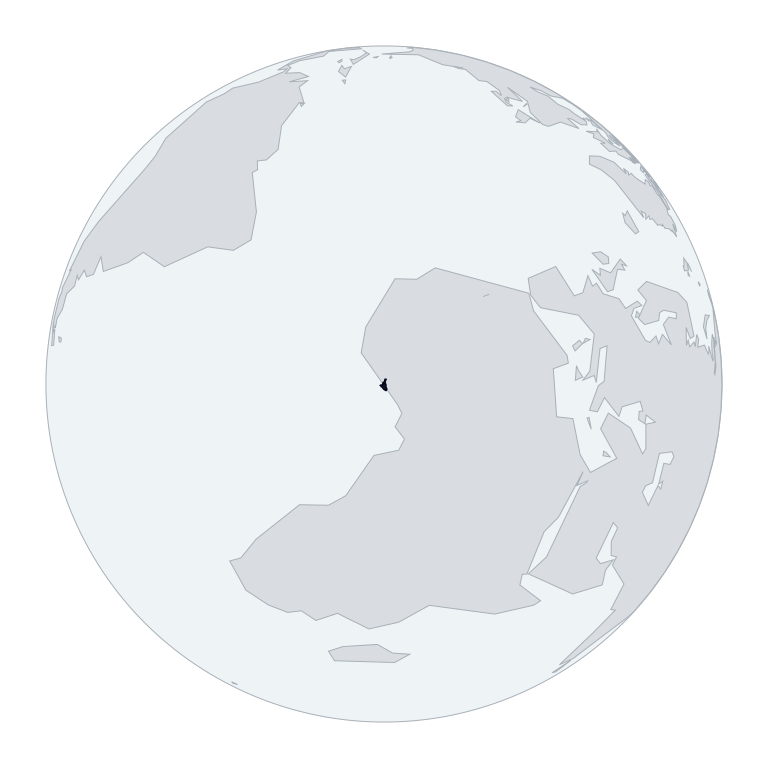 Central on an orthographic globe, rotated 65°
{"feature_id": "GHA-2160", "entity_name": "Central", "entity_type": "Region", "adm_level": 1, "iso_a3": "GHA", "parent_name": "Ghana", "parent_adm1": "", "projection": "orthographic", "projection_center": [-1.513, 5.658], "detail": "fine", "context": "on_globe", "style": "filled", "palette": "ink", "viewbox_px": 768, "rotation_deg": 65, "n_neighbors": 0, "source": "natural_earth", "source_scale": "10m", "svg_char_len": 9966}
<svg xmlns="http://www.w3.org/2000/svg" viewBox="0 0 768 768"><g transform="rotate(65 384 384)"><circle cx="384" cy="384" r="338" fill="#eef3f6" stroke="#a8b0b8"/><path d="M263.4,68.3L257.4,70.8L261.3,69.7L254.0,72.8L263.4,69.4L269.4,66.8L275.5,64.8L278.3,64.2L269.5,67.6L266.8,68.4L265.7,69.2L260.0,71.4L264.4,70.0L253.4,74.9L268.4,69.4L263.0,72.9L254.6,76.5L250.2,76.8L219.8,89.4L210.0,95.0L200.4,101.5L193.4,111.1L184.6,117.7L176.6,126.1L183.8,121.5L192.6,113.6L204.0,108.2L213.5,100.2L219.5,97.3L231.3,89.8L235.0,90.6L232.3,95.7L222.7,102.4L221.2,105.3L234.9,99.3L221.3,113.3L220.0,126.1L215.9,130.5L199.7,136.6L188.3,134.6L167.3,146.7L186.5,139.0L175.8,151.6L176.4,154.2L180.3,154.2L186.5,149.7L184.0,154.6L164.1,163.0L166.1,158.6L172.4,155.7L166.9,155.3L153.4,162.9L149.1,169.7L133.3,177.2L130.0,182.5L124.8,187.7L131.1,178.5L119.4,195.9L100.2,213.6L84.0,246.6L93.9,220.1L93.7,216.4L92.0,216.0L89.1,221.2L90.8,216.1L89.4,218.5L103.0,196.3L118.3,175.2L135.2,155.3L153.5,136.9L173.3,119.8L194.2,104.4L216.3,90.6L239.4,78.6L263.4,68.3ZM64.4,274.2L64.3,275.3L68.6,264.2L70.6,262.9L59.3,293.4L61.3,300.0L55.4,323.6L54.6,336.7L58.0,334.6L60.8,341.8L66.2,328.7L73.4,322.6L70.1,342.1L76.8,325.1L78.9,335.4L95.4,337.7L93.2,341.9L106.6,367.7L126.6,380.8L131.2,395.9L128.3,404.5L136.4,408.1L136.6,414.0L174.1,426.9L197.2,443.6L199.2,464.0L185.2,485.8L184.9,533.5L163.0,546.4L165.8,565.1L163.4,590.8L149.0,586.7L161.9,601.1L161.1,608.2L154.2,607.5L160.5,616.8L155.8,616.1L164.4,623.0L168.2,633.6L180.5,644.0L186.2,652.4L194.5,658.3L192.4,657.7L193.3,659.3L197.2,662.4L185.8,655.7L169.4,642.6L163.8,636.5L160.9,634.8L147.7,618.6L148.8,621.5L127.8,595.3L116.1,573.9L87.8,509.1L81.0,495.3L69.0,477.7L53.4,425.9L53.5,406.4L51.9,396.3L57.4,369.7L58.6,342.9L57.4,338.6L54.5,347.8L52.9,329.3L56.0,308.9L58.0,295.0L64.4,274.2ZM78.8,257.8L81.4,276.7L75.3,277.2L77.3,274.5L77.6,267.1L76.6,259.8L72.5,262.1L78.8,257.8ZM90.4,240.6L89.5,238.9L91.0,239.2L90.4,240.6ZM228.4,90.1L229.8,90.0L226.9,91.4L228.4,90.1ZM232.3,87.2L227.9,88.9L229.1,87.9L231.7,86.8L232.3,87.2ZM237.4,85.4L231.7,85.8L233.9,84.1L245.8,78.8L237.4,85.4ZM270.0,66.4L263.8,69.0L266.3,67.5L270.0,66.4ZM290.5,59.3L290.0,59.4L282.1,61.8L290.3,59.4L270.1,66.1L269.6,66.0L290.5,59.3ZM278.1,63.9L277.0,63.9L286.1,60.8L290.0,60.2L285.8,61.3L278.1,63.9ZM285.2,61.8L291.7,60.1L290.1,61.1L279.8,63.6L285.2,61.8ZM286.8,60.5L291.3,59.1L290.0,59.6L286.8,60.5ZM287.7,65.3L286.2,64.8L290.8,63.0L287.7,65.3ZM294.3,59.4L294.9,59.1L296.5,58.5L300.4,57.7L294.3,59.4ZM302.1,56.2L302.8,56.0L304.0,55.7L311.3,54.0L311.8,53.9L303.2,56.0L309.0,54.6L310.6,54.3L301.9,56.4L301.7,56.3L302.1,56.2ZM309.2,55.5L300.1,58.6L302.0,59.6L297.9,61.1L295.6,59.3L309.2,55.5ZM305.7,55.7L307.0,55.8L301.3,57.2L296.9,58.1L305.7,55.7ZM317.6,52.7L318.3,52.5L317.0,52.8L317.6,52.7ZM310.9,55.4L313.1,54.7L311.7,55.3L310.9,55.4ZM317.3,52.9L315.0,53.3L317.4,52.8L317.3,52.9ZM319.3,53.3L316.3,54.1L313.2,54.6L319.3,53.3ZM319.3,52.8L323.1,52.1L313.9,54.2L317.9,53.0L319.3,52.8ZM319.9,52.4L320.6,52.2L320.5,52.3L319.9,52.4ZM332.6,51.6L321.8,54.1L315.0,54.9L326.5,52.2L332.6,51.6ZM208.8,669.0L188.6,657.8L198.2,663.1L195.1,659.1L209.2,667.0L208.8,669.0ZM203.8,658.8L206.0,657.1L209.3,658.9L208.6,660.6L203.8,658.8ZM695.7,253.4L698.3,261.6L705.7,296.4L712.7,328.5L712.6,343.7L697.8,299.6L686.7,270.0L684.3,273.8L666.7,251.0L644.7,253.5L639.0,246.3L635.4,250.6L622.7,244.5L613.1,233.0L606.5,234.7L631.5,265.3L638.2,263.8L640.3,250.4L646.3,261.9L658.3,271.1L654.0,301.8L617.1,333.4L609.4,309.8L559.9,249.6L559.1,242.5L558.7,241.7L557.8,240.4L557.5,252.0L547.6,240.6L578.5,282.2L585.5,301.2L616.7,334.9L614.8,339.0L623.6,345.8L646.6,333.7L647.7,341.8L639.3,380.9L603.7,436.6L606.1,471.1L599.6,501.2L572.2,523.1L569.5,545.7L554.6,554.8L550.3,567.8L535.4,582.2L512.5,596.3L479.2,598.6L481.1,587.2L470.6,565.5L457.7,511.6L470.4,485.6L469.1,465.9L444.5,423.3L450.2,398.6L442.6,388.7L427.5,392.0L418.2,380.2L408.6,380.4L346.1,391.5L324.6,376.4L293.3,329.5L302.9,310.1L300.4,288.5L362.9,214.4L380.8,217.5L435.4,206.0L443.0,208.1L441.7,224.1L486.7,241.4L495.2,227.4L530.9,236.1L551.4,234.3L549.7,204.4L516.1,206.6L505.2,193.0L528.1,179.2L556.7,179.2L553.4,174.1L531.1,163.6L533.3,154.2L522.9,159.5L530.3,164.3L523.9,168.3L516.7,164.3L517.8,160.8L508.0,159.1L505.3,177.9L512.6,184.8L489.5,189.9L499.4,202.4L494.6,208.9L476.1,190.5L474.6,183.4L443.7,165.7L443.1,173.2L472.3,191.0L465.1,189.9L464.6,202.1L459.3,192.0L427.6,172.3L403.9,178.6L381.0,209.9L365.6,213.5L349.2,208.7L350.1,178.7L384.5,174.3L385.3,165.2L372.0,153.4L383.6,153.6L382.4,148.8L394.8,147.3L406.0,135.0L417.6,133.1L416.0,119.4L421.8,117.1L421.1,125.5L426.8,131.0L455.0,128.6L458.7,125.4L455.4,117.2L463.6,118.2L456.7,110.7L470.0,107.0L448.1,105.7L443.7,97.7L448.4,91.5L443.0,89.0L435.3,99.4L435.8,104.1L442.5,108.1L440.3,122.6L431.9,125.7L419.3,110.9L406.0,114.2L402.0,102.7L425.2,79.1L438.0,75.0L471.6,82.8L472.2,87.2L460.3,86.2L476.8,93.6L472.8,89.8L479.6,91.2L477.0,85.3L481.7,86.1L471.2,79.6L476.7,80.0L483.2,84.1L484.1,77.2L493.9,77.5L491.8,75.7L486.8,73.7L502.5,76.3L500.3,74.9L494.3,73.4L486.0,70.0L477.5,65.4L483.3,66.5L487.2,68.3L504.2,74.5L513.6,80.0L515.2,80.1L508.4,75.7L487.7,68.0L480.9,65.1L490.7,68.0L486.6,66.7L485.1,65.6L489.0,65.9L478.2,62.6L453.3,53.5L457.4,54.2L481.5,60.4L504.9,68.5L527.8,78.2L549.8,89.6L571.0,102.5L591.1,117.0L610.2,132.9L628.0,150.2L644.5,168.8L659.6,188.5L673.2,209.2L685.3,230.9L695.7,253.4ZM347.1,250.7L346.7,257.1L347.1,250.7ZM591.3,195.6L605.7,195.8L591.8,178.6L596.2,177.6L589.9,172.5L590.8,177.4L574.2,163.9L577.8,158.7L572.3,151.9L567.2,151.6L563.3,163.7L587.0,182.4L586.8,189.8L591.3,195.6ZM96.0,337.5L97.6,341.7L94.6,341.3L96.0,337.5ZM72.0,284.8L73.7,285.8L73.8,289.1L72.1,289.6L72.0,284.8ZM92.2,290.2L95.3,292.6L91.1,293.4L92.2,290.2ZM82.4,279.3L89.6,289.1L81.5,293.2L77.4,287.5L81.6,286.7L82.4,279.3ZM84.7,251.0L85.2,252.7L83.4,256.0L84.7,251.0ZM91.5,240.9L90.9,241.1L91.6,238.2L91.5,240.9ZM177.0,151.1L178.5,150.6L181.3,151.6L177.9,153.3L177.0,151.1ZM207.0,145.6L202.3,153.7L203.2,148.6L197.4,151.9L192.1,146.4L213.5,132.4L204.8,139.4L207.0,145.6ZM190.9,136.4L191.8,140.6L189.9,136.6L190.9,136.4ZM363.6,127.0L369.8,129.3L368.0,134.8L353.3,140.0L355.7,131.8L363.6,127.0ZM379.0,131.6L370.6,117.1L379.4,114.2L375.9,118.1L382.6,117.6L378.7,123.9L395.4,136.5L394.9,142.4L367.9,147.1L377.0,141.9L370.4,139.5L379.0,131.6ZM333.4,94.2L329.9,90.4L353.6,88.7L354.2,92.6L339.6,97.3L330.2,95.5L333.4,94.2ZM259.6,77.0L256.7,77.5L259.1,76.3L263.6,74.9L259.6,77.0ZM286.6,65.2L274.8,74.6L270.9,75.3L268.6,81.3L257.4,85.8L259.3,81.5L249.0,90.1L246.1,88.1L240.3,94.0L245.6,84.1L242.6,83.5L250.2,82.3L260.5,78.0L264.1,75.9L272.1,70.1L270.8,67.7L280.9,64.0L288.4,62.0L290.2,62.0L283.1,64.2L290.7,62.6L281.8,66.0L286.6,65.2ZM369.8,54.4L360.8,54.7L374.5,56.6L365.7,58.0L367.8,58.2L363.4,60.4L361.8,63.5L357.1,64.1L358.5,65.2L355.6,67.0L355.9,68.9L347.6,70.8L347.3,73.4L343.5,72.9L345.3,77.0L340.2,74.9L336.0,77.8L343.1,78.3L297.0,89.0L281.6,96.7L271.6,104.9L264.1,101.4L268.8,92.2L280.1,81.9L296.0,75.6L289.8,75.8L295.5,73.0L298.0,74.0L297.6,70.9L303.0,69.1L313.1,62.9L309.1,60.8L312.7,58.9L316.9,58.9L317.5,57.2L328.0,56.1L330.8,55.0L344.0,53.4L350.6,54.8L353.2,53.5L363.3,52.9L369.8,54.4ZM336.4,51.1L346.3,51.3L346.3,52.6L323.4,55.1L319.4,56.3L304.7,59.0L305.0,57.3L309.2,56.6L313.3,55.6L311.6,56.5L316.0,55.0L321.9,54.2L327.0,53.0L328.8,53.3L336.4,51.1ZM448.7,201.8L454.0,202.1L461.8,200.9L461.5,209.0L448.7,201.8ZM426.9,188.4L431.3,187.1L434.8,196.9L429.2,197.0L426.9,188.4ZM430.7,178.5L431.3,186.3L427.7,182.2L430.7,178.5ZM424.9,124.2L429.2,122.9L430.8,124.7L429.8,127.9L424.9,124.2ZM408.6,63.8L403.5,62.9L404.0,62.2L396.6,59.1L402.5,58.2L409.4,59.8L408.6,63.8ZM545.7,209.8L541.6,215.8L537.7,213.3L539.9,211.7L545.7,209.8ZM500.9,212.2L512.6,215.3L500.7,214.4L500.9,212.2ZM413.9,62.4L410.1,61.0L415.4,61.5L413.9,62.4ZM406.5,57.6L412.2,57.8L402.4,57.8L406.5,57.6ZM594.5,643.7L591.6,647.2L589.4,648.0L594.5,643.7ZM640.9,492.1L613.9,545.8L602.7,547.2L604.6,532.2L617.2,500.1L631.6,489.8L639.8,474.8L640.9,492.1ZM713.4,331.4L717.4,350.0L716.7,353.7L713.4,331.4ZM459.4,60.1L463.1,64.8L469.8,69.0L479.7,72.2L467.3,70.4L457.1,63.7L459.4,60.1ZM453.4,53.8L444.7,52.1L447.3,52.3L449.6,52.8L453.4,53.8ZM449.0,53.1L440.6,52.2L435.0,51.0L442.7,51.9L449.0,53.1ZM427.6,55.4L428.3,56.6L424.0,56.0L427.6,55.4Z" fill="#d9dde1" stroke="#a8b0b8" stroke-width="1"/><path d="M390.8,384.9L390.7,385.0L390.3,385.3L390.2,385.4L390.2,385.5L389.9,385.7L389.5,385.8L389.4,385.8L389.2,386.0L389.1,385.9L388.8,386.1L388.4,386.4L388.3,386.6L388.2,386.6L387.8,386.7L387.6,386.7L387.4,386.7L387.2,386.7L386.9,386.7L386.7,386.7L386.1,387.0L385.9,387.2L385.6,387.3L385.1,387.3L384.9,387.4L384.9,387.5L384.7,387.4L384.6,387.5L384.3,387.6L383.9,387.6L383.7,387.8L383.6,387.4L383.6,387.2L383.8,386.8L383.9,386.7L384.0,386.7L384.3,386.6L384.5,386.4L384.4,386.2L384.2,386.1L384.0,385.9L383.9,385.8L383.9,385.7L383.7,385.5L383.7,385.4L383.4,385.2L383.4,384.9L383.5,384.8L383.6,384.7L383.4,384.5L383.4,384.4L383.2,384.3L382.9,384.3L382.8,384.2L382.7,384.2L382.3,384.3L382.2,384.2L382.2,383.9L382.3,383.7L382.3,383.4L382.2,383.2L382.2,382.9L382.1,382.6L381.9,382.5L381.7,382.4L381.4,382.0L381.3,381.9L381.2,381.8L381.0,381.7L380.9,381.7L380.8,381.4L380.7,381.4L380.4,381.3L380.2,381.1L380.1,380.9L380.2,380.7L380.3,380.6L380.5,380.5L380.7,380.4L380.7,380.2L381.0,380.2L381.1,380.3L381.1,380.5L381.0,380.8L381.1,381.2L381.1,381.3L381.3,381.3L381.4,381.6L381.5,381.7L381.6,381.9L381.8,381.9L382.0,381.9L382.3,381.9L382.3,382.0L382.5,382.2L382.6,382.3L382.8,382.3L383.0,382.5L383.4,382.5L383.5,382.5L383.8,382.4L383.9,382.5L384.0,382.5L384.1,382.8L384.3,382.8L384.3,382.7L384.5,382.6L384.8,382.5L385.0,382.5L385.3,382.6L385.5,382.6L385.8,382.6L386.0,382.7L386.2,383.1L386.3,383.2L386.3,383.3L386.9,383.3L387.0,383.3L387.3,383.4L387.5,383.4L388.3,383.5L388.5,383.6L389.5,383.5L389.9,383.6L390.1,384.0L390.3,384.2L390.4,384.3L390.5,384.3L390.7,384.6L390.8,384.9Z" fill="#0f172a" stroke="#020617" stroke-width="1.5"/></g></svg>